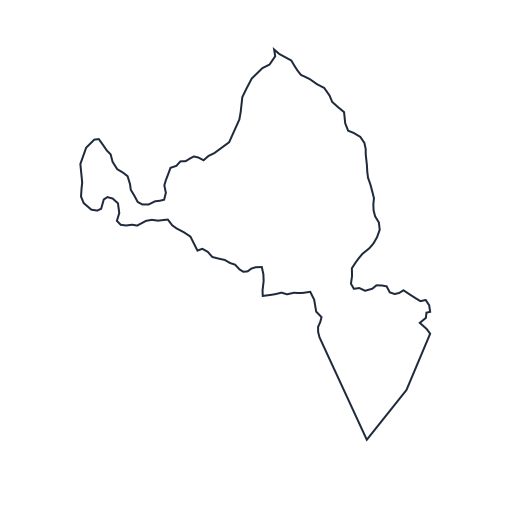 Tavares, Paraíba, Brazil (Equal Earth projection), rotated 170°
{"feature_id": "56859067B5341311253148", "entity_name": "Tavares", "entity_type": "district", "adm_level": 2, "iso_a3": "BRA", "parent_name": "Brazil", "parent_adm1": "Paraíba", "projection": "equal_earth", "projection_center": [-37.87, -7.587], "detail": "fine", "context": "isolated", "style": "outline", "palette": "slate", "viewbox_px": 512, "rotation_deg": 170, "n_neighbors": 0, "source": "geoboundaries", "source_scale": "gbopen_adm2", "svg_char_len": 2233}
<svg xmlns="http://www.w3.org/2000/svg" viewBox="0 0 512 512"><g transform="rotate(170 256 256)"><path d="M178.8,55.8L131.1,97.9L98.0,149.2L100.6,154.5L106.3,161.7L99.4,165.6L98.0,170.6L94.2,170.8L94.0,177.3L96.5,183.2L101.9,183.0L105.7,186.3L110.6,190.8L116.7,196.6L121.5,194.7L126.1,194.5L130.6,197.0L132.6,203.4L137.1,205.1L142.5,206.2L147.1,203.6L154.6,202.8L159.8,206.5L165.3,206.7L167.3,212.2L164.9,219.6L163.7,227.3L159.2,232.1L155.7,235.5L150.9,239.6L146.9,241.8L143.1,243.9L138.3,247.8L133.6,253.4L129.6,260.4L129.2,267.7L131.8,274.4L132.3,280.3L131.5,286.4L129.8,292.4L130.3,299.3L130.9,306.4L132.1,313.6L131.8,319.5L131.0,326.3L130.3,337.0L129.4,342.3L129.6,348.5L132.6,355.2L138.4,360.2L143.5,363.4L145.1,371.2L144.3,382.4L149.5,388.5L154.2,394.5L155.7,401.2L159.6,409.6L166.1,414.6L172.4,420.9L176.9,424.2L180.3,426.5L183.0,431.6L185.0,436.3L187.3,442.4L191.3,445.6L198.0,450.9L202.3,456.2L202.4,449.4L209.4,442.2L217.1,439.9L229.4,431.5L236.7,422.0L241.9,414.8L246.1,400.4L248.7,393.3L262.7,372.7L279.3,364.5L285.4,362.8L291.0,359.4L295.7,363.0L299.9,364.8L303.8,363.6L308.8,361.6L314.0,362.3L318.8,358.6L324.9,357.7L328.0,352.3L331.5,346.5L334.0,341.5L333.8,333.9L336.7,327.4L341.0,327.1L345.9,327.4L352.7,325.4L359.0,326.5L363.1,329.7L365.3,336.4L367.8,342.9L367.6,348.7L368.6,356.9L372.4,361.1L377.6,365.6L380.9,373.7L381.5,381.3L384.6,385.8L387.2,391.5L390.5,398.4L395.0,398.7L404.4,392.2L413.0,377.1L414.4,358.6L416.1,352.7L418.0,344.9L416.5,338.0L410.1,330.2L404.5,328.3L400.3,329.4L396.1,338.1L392.1,339.8L387.2,337.5L382.8,331.9L383.2,322.0L386.9,314.8L383.8,310.2L378.6,308.6L372.5,308.3L367.8,306.6L363.1,308.1L358.2,309.7L352.3,309.7L346.3,307.8L340.9,307.5L336.5,307.2L333.2,300.8L329.4,296.9L322.8,291.8L317.2,286.5L315.3,280.1L312.7,271.5L307.6,272.4L302.8,268.5L299.2,262.6L293.0,259.8L287.4,257.5L282.8,253.6L278.1,251.1L274.6,245.7L271.3,242.7L266.9,242.3L262.8,244.4L258.2,245.0L252.2,244.1L251.9,236.8L252.8,230.1L255.5,221.1L256.3,215.5L247.4,215.1L243.0,215.1L237.3,215.5L232.1,212.9L225.0,213.2L220.4,212.1L216.1,211.5L208.8,211.3L206.3,202.9L206.4,190.8L202.1,184.4L204.2,179.8L207.2,175.3L208.0,170.3L207.6,164.9L204.6,153.5L178.8,55.8Z" fill="none" stroke="#1e293b" stroke-width="2"/></g></svg>